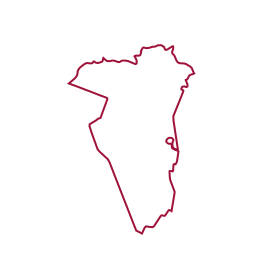 Mary, orthographic projection, rotated 202°
{"feature_id": "TKM-360", "entity_name": "Mary", "entity_type": "Province", "adm_level": 1, "iso_a3": "TKM", "parent_name": "Turkmenistan", "parent_adm1": "", "projection": "orthographic", "projection_center": [62.192, 37.327], "detail": "fine", "context": "isolated", "style": "outline", "palette": "rose", "viewbox_px": 256, "rotation_deg": 202, "n_neighbors": 0, "source": "natural_earth", "source_scale": "10m", "svg_char_len": 3512}
<svg xmlns="http://www.w3.org/2000/svg" viewBox="0 0 256 256"><g transform="rotate(202 128 128)"><path d="M199.5,147.1L196.0,153.9L195.5,155.3L195.1,157.0L195.0,157.8L195.1,158.7L195.2,159.5L195.8,161.2L195.9,162.0L195.8,163.7L195.4,165.3L194.8,166.8L192.3,171.0L191.6,171.8L190.5,172.8L189.3,173.2L186.8,173.9L186.2,174.2L185.7,174.5L185.3,175.0L184.8,176.7L184.5,177.0L184.1,176.9L183.5,176.7L182.1,176.5L180.8,176.8L179.6,177.4L177.4,179.2L177.0,179.7L176.7,180.4L176.7,181.2L177.1,183.2L177.1,183.7L173.8,182.5L172.8,182.3L172.3,182.4L171.7,182.5L170.7,182.8L167.5,184.8L166.2,185.2L161.9,185.5L161.3,185.6L160.6,186.0L160.1,186.5L159.4,187.6L158.9,188.1L156.1,189.4L153.1,190.1L145.7,190.0L144.9,190.2L144.4,190.7L144.3,191.5L144.5,192.0L144.9,192.6L145.0,193.3L145.2,193.8L147.0,195.4L147.5,196.1L147.7,196.3L148.6,196.6L148.8,196.8L148.8,197.1L148.6,197.5L147.6,198.2L145.0,199.1L144.1,200.0L144.0,200.6L144.1,202.8L144.2,203.3L144.8,203.8L144.9,204.2L144.6,205.5L144.5,207.1L144.3,207.9L143.8,208.4L143.1,208.6L141.7,208.7L141.0,208.9L138.7,210.0L135.6,212.6L135.4,212.6L133.3,213.7L132.4,214.6L131.9,215.2L131.5,215.7L131.0,216.0L128.5,217.1L127.9,217.2L127.6,217.2L126.6,216.8L126.2,216.8L125.9,216.9L125.5,216.9L125.1,216.7L122.9,214.6L121.9,214.7L120.8,215.7L117.5,220.3L116.9,220.6L116.5,220.2L115.9,218.6L115.7,218.0L115.7,216.3L115.7,215.5L115.5,214.8L115.1,214.1L114.6,213.6L112.7,212.8L111.7,212.1L108.2,208.6L107.3,208.0L106.3,207.5L104.3,207.4L100.1,208.9L98.1,209.0L93.4,208.3L91.1,207.3L89.6,205.6L87.3,203.5L87.1,203.4L87.4,203.0L87.8,202.5L88.1,202.2L89.3,201.4L89.6,201.1L90.7,199.9L90.8,199.5L90.9,198.9L91.2,195.8L91.3,195.6L91.4,195.4L91.6,195.0L92.4,194.3L92.5,194.2L92.3,193.8L92.2,193.7L91.6,193.3L90.3,191.8L89.8,191.4L89.3,190.8L89.1,190.4L88.6,189.3L88.5,189.0L88.6,188.7L88.8,188.2L89.0,188.0L89.3,187.9L89.9,187.7L91.0,187.7L91.4,187.6L91.6,187.6L91.8,187.4L92.3,187.1L92.6,186.9L92.9,186.6L93.1,186.5L93.2,186.4L93.3,186.2L93.2,184.1L92.9,183.8L91.4,183.7L91.0,183.5L90.6,183.3L90.4,181.1L90.4,168.4L90.4,156.1L88.8,152.3L81.0,139.1L79.8,137.1L73.7,126.8L73.7,126.5L73.9,126.4L74.1,126.3L75.6,126.3L76.3,126.2L76.8,126.2L78.3,126.4L78.6,126.6L78.8,126.7L79.5,127.3L79.9,128.0L80.7,129.5L81.1,130.5L81.3,131.4L81.3,133.5L81.4,133.8L81.8,134.3L82.1,134.5L82.5,134.8L83.1,135.0L83.7,135.0L84.2,135.0L84.6,134.9L85.5,134.7L86.3,134.1L86.5,134.0L87.0,133.4L87.3,132.8L87.5,132.1L87.7,131.7L87.7,131.4L87.7,130.9L87.7,130.4L87.6,130.2L87.5,129.9L87.3,129.7L87.2,129.5L87.0,129.3L86.5,129.1L85.0,128.7L84.0,128.8L83.8,128.8L82.8,129.2L82.3,129.4L82.0,129.6L81.8,129.7L81.7,129.6L80.0,126.5L79.7,126.1L79.4,125.8L79.1,125.8L78.6,125.7L75.7,125.4L75.0,125.6L74.2,125.5L73.6,125.5L73.2,125.5L72.7,125.4L72.4,125.1L70.1,115.5L70.1,113.3L70.4,112.1L71.1,112.1L71.7,111.8L72.1,111.3L71.8,110.1L70.2,105.3L70.2,104.8L70.4,104.5L71.0,104.4L72.3,104.2L72.9,104.0L73.3,103.6L73.0,102.7L70.4,97.2L69.1,95.3L60.9,86.4L60.3,84.5L56.5,67.2L58.2,67.5L58.8,67.4L59.3,67.2L59.6,66.5L59.8,65.8L60.6,61.5L60.8,60.9L61.1,60.3L61.6,60.1L63.7,59.8L64.3,59.5L64.6,58.8L64.8,58.1L67.1,46.6L68.1,45.2L72.4,44.0L74.5,43.5L74.8,42.7L75.2,42.0L75.5,35.4L82.0,36.0L83.1,37.2L88.1,42.4L94.2,48.9L121.2,77.5L131.8,88.8L134.8,91.4L138.3,92.7L145.9,95.6L148.2,96.9L159.9,109.9L164.5,115.4L164.9,117.2L160.4,123.2L159.2,125.3L158.6,125.9L157.3,127.1L157.9,146.6L158.2,147.7L159.2,148.0L167.2,147.8L175.3,147.7L184.7,147.5L191.6,147.4L199.5,147.1L199.5,147.1Z" fill="none" stroke="#9f1239" stroke-width="2"/></g></svg>